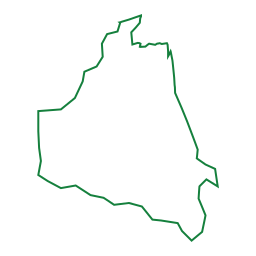 the district of Louroukina, Cyprus
{"feature_id": "46923920B91087779274595", "entity_name": "Louroukina", "entity_type": "district", "adm_level": 2, "iso_a3": "CYP", "parent_name": "Cyprus", "parent_adm1": "", "projection": "mercator", "projection_center": [33.49, 35.022], "detail": "fine", "context": "isolated", "style": "outline", "palette": "green", "viewbox_px": 256, "rotation_deg": 0, "n_neighbors": 0, "source": "geoboundaries", "source_scale": "gbopen_adm2", "svg_char_len": 1268}
<svg xmlns="http://www.w3.org/2000/svg" viewBox="0 0 256 256"><path d="M119.8,22.4L120.2,22.7L117.5,31.5L107.1,34.1L101.9,43.7L102.7,56.8L96.6,66.5L84.4,71.7L82.7,81.4L74.9,98.0L60.9,109.4L38.3,111.1L38.3,131.2L39.1,147.9L40.9,161.0L38.3,175.0L47.8,181.1L60.9,188.1L75.7,185.5L82.5,189.9L90.5,195.1L103.6,197.8L114.1,204.8L128.9,203.0L141.9,206.5L152.4,219.6L161.1,220.5L177.7,223.1L182.0,231.0L191.6,240.6L198.7,234.7L202.1,231.9L204.2,221.9L205.3,216.5L205.5,215.3L202.2,207.2L198.6,198.6L199.0,192.3L199.4,186.8L199.6,186.2L206.3,179.5L206.4,179.4L217.7,186.4L215.1,168.9L205.5,164.5L196.8,158.4L197.2,154.8L197.7,149.6L195.2,142.8L193.6,138.5L190.4,130.0L187.2,121.6L184.4,114.7L181.5,107.6L181.1,106.7L175.1,92.9L174.9,87.2L174.6,85.0L174.2,77.9L173.9,74.7L172.6,61.9L172.4,60.3L170.7,51.6L170.6,51.3L169.8,53.0L169.7,53.5L168.1,56.3L168.1,51.3L167.6,44.7L166.9,43.2L161.8,44.0L159.7,43.2L159.0,43.3L158.4,43.5L158.0,43.5L157.7,43.6L157.2,43.6L155.2,44.8L149.1,43.7L147.8,44.6L145.4,46.6L140.5,46.9L140.5,46.5L139.9,46.5L140.5,43.7L139.3,43.1L137.7,42.9L132.4,44.5L132.1,41.2L131.3,32.7L131.3,32.3L135.8,27.5L139.7,22.9L139.8,22.7L140.2,18.4L141.0,16.4L141.0,15.4L128.9,19.6L121.5,21.8L120.3,22.3L119.8,22.4Z" fill="none" stroke="#15803d" stroke-width="2"/></svg>